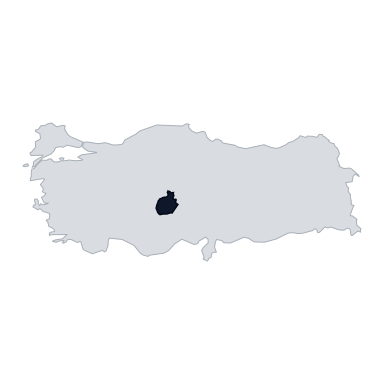 Turkey, with Aksaray highlighted
{"feature_id": "TUR-3021", "entity_name": "Aksaray", "entity_type": "Province", "adm_level": 1, "iso_a3": "TUR", "parent_name": "Turkey", "parent_adm1": "", "projection": "natural_earth1", "projection_center": [33.872, 38.466], "detail": "fine", "context": "in_parent", "style": "filled", "palette": "ink", "viewbox_px": 384, "rotation_deg": 0, "n_neighbors": 0, "source": "natural_earth", "source_scale": "10m", "svg_char_len": 4379}
<svg xmlns="http://www.w3.org/2000/svg" viewBox="0 0 384 384"><path d="M300.2,135.7L305.7,137.5L307.5,136.1L312.4,136.3L316.9,137.4L319.3,134.3L322.4,134.6L323.1,136.2L324.6,136.8L329.3,140.7L328.8,141.2L330.0,142.6L334.0,143.6L334.5,145.6L337.6,148.6L339.4,153.2L338.6,156.4L336.9,158.4L339.6,165.3L338.9,166.2L343.8,168.5L349.9,168.1L351.8,169.1L357.9,174.6L359.5,176.7L355.3,174.1L353.1,176.3L352.1,181.7L345.7,182.7L346.8,186.2L348.6,187.8L348.1,191.1L348.7,192.4L350.5,194.6L350.4,197.6L351.2,200.7L351.3,204.5L354.0,205.7L352.9,207.4L350.2,215.1L350.4,215.7L352.4,215.9L357.0,219.4L356.3,220.6L356.9,225.5L361.0,228.7L360.4,230.3L360.6,232.0L357.7,231.2L352.1,235.6L351.4,235.5L350.6,234.0L350.3,229.6L348.9,228.5L347.1,228.2L344.0,230.2L341.1,230.1L338.3,229.7L330.7,227.0L327.9,228.0L325.0,226.9L319.5,232.3L317.8,232.7L316.9,230.1L314.9,228.6L312.4,230.6L302.8,233.2L298.4,233.6L292.9,232.7L288.4,233.0L276.3,239.0L264.6,242.2L254.1,241.9L248.3,238.2L243.8,237.3L230.5,243.0L223.9,242.8L221.6,240.5L216.6,239.5L215.5,241.7L214.5,247.1L216.3,252.1L213.4,252.4L211.6,253.4L211.2,257.2L208.6,258.6L207.7,260.9L207.3,261.0L203.1,259.1L204.2,257.3L201.6,250.4L202.8,248.2L208.2,242.7L208.1,239.4L205.7,237.1L198.8,241.2L198.2,242.8L196.6,244.0L194.1,244.5L181.8,239.2L174.6,243.9L168.5,250.7L163.8,253.2L150.2,255.1L147.8,256.4L143.1,255.0L140.3,253.2L134.0,245.4L122.2,239.5L109.6,238.1L108.4,239.6L108.0,245.6L105.9,251.3L104.8,251.9L102.1,250.4L92.4,253.8L84.1,250.1L82.7,248.4L80.9,241.9L79.7,241.4L78.4,242.3L77.0,242.3L71.1,239.5L67.9,239.3L65.9,242.1L62.8,243.2L62.7,242.4L64.0,240.6L59.0,241.0L56.3,242.3L52.7,241.5L53.0,240.7L55.9,239.8L62.6,238.8L66.9,234.5L51.0,234.7L49.5,235.6L49.3,233.4L50.2,232.3L54.4,231.5L54.2,229.6L51.7,227.6L48.9,226.5L47.7,221.8L46.3,220.6L46.5,219.9L49.1,219.1L49.8,215.6L49.4,213.5L44.3,211.7L43.2,211.8L42.0,210.0L39.8,208.7L38.0,209.8L32.9,206.9L33.9,204.9L35.2,204.9L35.4,203.3L34.5,200.7L34.6,199.3L35.8,198.9L37.0,199.2L38.3,200.8L38.3,203.8L39.7,205.6L40.7,203.8L43.0,204.8L47.2,203.9L48.1,203.1L45.0,203.2L43.9,202.4L41.5,197.4L44.1,195.9L46.0,193.5L42.5,191.9L43.3,188.5L40.4,184.6L44.5,179.6L44.3,178.9L43.1,178.6L30.4,180.7L30.3,178.5L31.3,176.5L31.3,171.8L31.9,169.2L34.3,168.4L37.2,164.6L41.9,160.2L46.7,160.3L48.7,159.0L51.6,159.0L52.4,160.7L54.8,162.0L59.3,161.8L61.4,160.6L59.4,158.4L61.9,157.7L63.9,158.2L62.8,160.6L63.4,160.9L69.1,160.1L75.1,160.7L81.7,160.4L82.6,159.7L77.9,157.2L80.9,155.1L82.6,154.7L96.5,152.8L96.6,152.3L88.1,151.2L83.8,148.4L82.6,146.8L83.5,143.1L84.5,142.2L87.5,142.0L97.9,143.7L105.4,142.7L113.5,145.1L121.3,144.6L122.9,143.5L124.9,140.0L135.9,134.1L139.7,131.0L156.8,125.0L182.3,126.0L186.7,123.7L189.3,124.5L188.6,126.0L188.8,127.5L191.8,131.0L196.4,133.1L202.7,131.4L205.0,132.0L207.2,137.7L211.2,141.0L213.0,141.3L215.4,139.3L217.7,139.0L221.5,141.0L222.8,143.0L235.0,145.3L237.6,147.0L245.8,148.7L264.0,144.7L270.8,147.4L276.4,148.3L278.8,147.9L286.1,144.7L288.3,142.8L292.9,141.3L298.6,137.7L300.2,135.7ZM65.1,125.8L64.5,128.3L65.6,131.0L68.1,134.8L70.6,136.8L82.9,142.0L81.1,146.8L78.0,147.6L67.4,145.2L63.0,147.2L59.9,146.7L55.6,147.6L54.3,150.5L51.2,153.9L42.6,158.0L34.6,166.3L32.4,167.3L33.5,164.5L33.4,162.1L36.9,159.2L41.7,157.0L43.0,155.2L31.0,155.5L29.9,153.0L31.1,152.5L35.1,148.0L35.6,146.2L35.3,141.8L40.1,139.2L40.5,138.2L39.9,133.8L35.4,131.3L35.6,130.1L38.8,128.9L40.7,125.9L45.4,125.3L47.7,123.8L51.7,123.0L56.7,126.8L62.7,125.4L65.1,125.8ZM28.3,166.0L24.3,166.7L23.0,166.0L24.3,164.7L27.5,163.8L28.5,165.1L28.3,166.0Z" fill="#d9dde1" stroke="#a8b0b8" stroke-width="1"/><path d="M165.9,197.3L166.6,196.9L168.1,195.6L168.1,194.3L167.4,192.4L168.0,191.0L168.3,191.3L169.0,191.5L169.4,191.4L170.1,191.7L170.3,192.6L171.0,193.2L171.9,192.7L172.3,192.6L173.0,192.7L173.4,192.6L173.2,193.5L173.8,195.5L173.5,196.6L172.9,197.6L173.1,198.7L174.0,199.2L174.8,199.5L175.6,199.3L176.0,199.4L176.1,200.4L175.6,201.5L175.6,202.6L175.9,202.9L176.7,203.5L177.2,204.1L177.9,204.5L172.1,213.0L170.8,212.8L169.4,213.1L168.1,213.6L166.7,214.0L165.3,213.9L162.5,214.1L160.4,214.6L159.6,214.5L158.9,213.8L157.7,212.4L157.4,211.6L157.3,210.6L157.1,210.4L156.9,210.2L156.2,208.5L156.4,206.7L156.7,206.0L156.8,205.2L157.2,204.0L157.8,203.1L158.1,201.3L158.5,200.6L159.5,199.5L159.8,198.9L161.4,198.4L162.8,197.6L164.3,197.2L165.9,197.3Z" fill="#0f172a" stroke="#020617" stroke-width="1.5"/></svg>